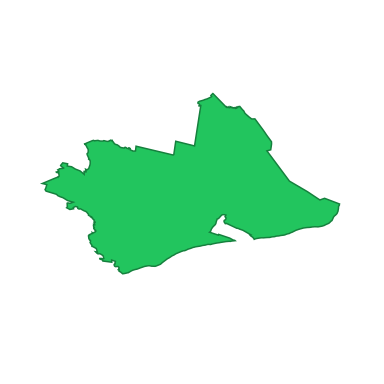 Sakas pag., Pavilostas, Latvia (Natural Earth projection), rotated 199°
{"feature_id": "27541924B80625088425649", "entity_name": "Sakas pag.", "entity_type": "district", "adm_level": 2, "iso_a3": "LVA", "parent_name": "Latvia", "parent_adm1": "Pavilostas", "projection": "natural_earth1", "projection_center": [21.246, 56.856], "detail": "fine", "context": "isolated", "style": "filled", "palette": "green", "viewbox_px": 384, "rotation_deg": 199, "n_neighbors": 0, "source": "geoboundaries", "source_scale": "gbopen_adm2", "svg_char_len": 6008}
<svg xmlns="http://www.w3.org/2000/svg" viewBox="0 0 384 384"><g transform="rotate(199 192 192)"><path d="M336.3,151.3L331.7,151.7L331.5,148.3L331.7,146.4L330.3,145.3L320.1,145.7L319.0,145.6L317.9,144.9L315.2,144.6L312.1,144.6L306.8,143.4L301.0,143.7L303.5,141.6L305.6,141.3L306.1,141.1L306.4,140.8L306.3,140.3L305.9,139.5L305.1,137.4L305.1,136.9L305.4,136.3L301.8,135.7L298.5,137.6L299.2,138.5L297.7,140.3L295.4,140.6L294.9,139.8L294.6,139.3L293.2,139.1L292.1,139.8L288.1,139.1L286.0,139.0L284.6,138.5L284.3,138.2L282.6,137.2L282.4,136.4L282.2,136.3L280.1,135.9L279.5,135.8L279.1,135.9L279.1,135.7L279.3,135.4L278.8,135.3L278.4,135.1L277.8,135.1L277.8,134.8L277.3,134.6L277.1,134.3L275.3,133.6L275.2,132.7L275.0,132.4L273.9,132.1L273.7,131.7L274.6,131.0L274.0,130.3L273.4,129.5L274.4,129.3L274.0,128.7L274.3,128.4L273.9,127.6L273.7,127.4L273.6,126.9L272.7,126.5L272.7,126.4L273.1,126.0L273.0,125.5L272.3,125.0L271.9,124.9L271.6,124.4L270.7,124.5L270.2,123.7L270.5,123.3L270.5,122.8L272.1,121.1L272.6,120.9L273.1,121.1L272.7,120.3L272.8,120.2L273.3,120.1L274.0,119.3L274.4,119.0L274.6,118.7L274.9,118.5L275.1,118.3L275.2,118.0L275.1,117.9L275.4,117.8L275.5,117.6L275.3,117.1L275.6,116.8L274.3,114.3L273.1,113.2L272.6,113.3L272.2,113.1L271.9,112.3L271.9,111.0L269.3,109.0L268.9,108.0L268.1,108.1L264.1,107.4L261.9,104.4L263.7,104.1L262.2,103.3L260.8,102.9L258.8,103.7L255.4,102.9L253.7,100.4L254.9,99.6L255.8,99.7L257.5,99.2L257.5,98.8L257.1,98.6L254.7,98.6L254.1,98.3L253.8,97.7L245.0,99.5L245.8,101.5L241.8,101.5L241.7,99.6L241.4,99.3L241.9,98.5L241.6,98.3L241.9,97.9L241.4,97.0L240.7,96.6L240.1,96.5L237.7,97.5L236.9,97.1L236.2,96.6L236.1,96.4L236.3,95.8L236.2,95.0L236.5,94.5L236.3,94.4L235.6,94.7L235.2,93.4L234.3,93.2L234.1,93.3L233.5,93.1L230.9,92.1L229.0,93.1L226.5,94.7L226.1,94.8L224.0,97.3L222.6,98.7L220.7,100.1L218.7,101.3L216.9,102.8L216.6,103.1L212.6,106.2L210.3,107.5L208.7,108.3L207.7,108.5L206.1,108.7L202.8,109.7L202.1,110.1L198.3,113.4L197.0,115.7L193.5,120.9L192.0,122.5L190.0,125.2L188.6,126.5L187.1,128.4L182.5,132.5L180.9,133.7L180.1,134.0L179.1,134.7L177.1,136.7L175.0,138.2L172.9,140.0L172.3,140.3L170.7,141.4L166.5,143.6L164.6,144.9L162.2,146.1L160.4,147.4L159.0,148.0L157.6,148.3L157.1,148.6L155.7,149.6L152.0,151.8L149.2,153.2L148.6,153.6L143.7,156.2L140.5,157.6L139.8,157.7L138.6,158.5L135.4,160.0L135.9,160.2L137.4,160.0L141.3,160.7L153.0,160.6L153.0,159.8L162.3,159.7L161.8,160.5L161.6,161.1L161.6,163.1L161.2,164.8L160.7,166.2L159.6,168.3L159.3,169.2L159.2,170.0L159.4,171.7L159.4,174.7L158.5,175.3L158.1,175.9L156.5,179.7L155.7,180.5L154.1,181.1L152.4,181.2L152.5,180.3L152.8,179.6L152.6,179.3L151.5,178.7L151.2,178.0L151.3,177.1L151.4,176.7L152.3,175.6L152.2,174.8L151.9,174.2L150.2,172.9L149.1,173.4L149.1,173.5L148.8,173.5L137.8,172.3L137.2,172.5L135.9,172.6L135.2,172.4L131.5,172.4L122.5,170.7L123.2,170.2L122.1,169.6L119.9,169.0L118.4,168.1L117.8,167.5L117.3,168.0L115.9,169.0L113.7,170.2L111.5,171.3L109.6,171.9L106.9,173.1L103.6,174.4L101.8,175.6L99.3,176.7L98.0,177.7L95.5,178.8L94.1,179.7L91.0,181.2L90.1,181.8L88.9,182.9L87.9,183.6L86.4,184.5L85.6,185.5L84.2,186.6L81.1,189.8L80.0,190.6L79.0,191.4L74.8,194.3L71.6,195.9L69.1,196.9L66.9,198.1L64.4,199.2L61.4,200.1L58.0,202.0L56.1,203.4L54.8,204.8L52.5,206.9L52.1,207.5L50.9,209.9L50.5,210.3L50.3,211.0L50.0,214.4L49.5,215.8L48.8,216.8L48.0,218.5L47.8,219.5L47.8,220.7L47.7,221.1L48.2,224.3L48.7,225.9L48.4,227.6L48.6,228.1L48.6,228.7L64.6,229.2L68.5,226.1L83.0,229.9L103.4,234.0L134.6,255.3L131.3,257.5L132.1,261.8L132.4,263.3L133.2,265.4L139.7,269.9L144.8,273.7L156.3,281.6L159.4,280.5L163.0,281.7L167.5,283.6L169.6,285.6L171.0,286.2L174.6,288.4L174.7,288.2L175.6,288.0L175.9,287.8L176.3,287.7L176.5,287.1L176.9,287.0L176.8,286.9L177.2,286.8L177.0,286.3L177.5,285.9L177.7,286.1L177.8,285.9L177.5,285.6L178.0,285.4L178.3,285.6L178.3,285.3L178.9,285.5L178.9,285.4L179.7,285.3L179.8,285.1L179.8,284.9L180.2,284.9L180.2,285.1L180.4,285.1L180.7,285.0L180.6,284.9L180.8,284.8L181.0,285.0L181.2,284.9L181.5,285.1L181.9,284.8L182.1,284.9L182.3,284.8L182.3,284.7L182.2,284.7L182.4,284.6L182.5,284.8L182.4,285.0L182.5,285.1L183.1,285.1L182.9,284.9L183.3,284.7L183.6,284.7L184.0,284.5L183.7,284.4L184.1,284.2L184.5,284.3L184.4,284.1L184.7,284.0L184.6,283.8L185.6,283.8L185.7,283.7L186.5,283.7L186.5,283.8L186.8,283.9L186.8,283.6L187.0,283.5L186.6,283.3L186.9,283.2L204.2,291.9L204.4,291.9L205.6,289.4L204.5,288.6L205.0,288.0L205.0,287.9L208.1,284.9L210.1,283.5L211.0,282.6L214.5,280.2L215.6,278.8L215.1,277.7L214.0,277.6L213.1,277.1L212.8,276.6L213.5,275.9L213.5,275.7L213.1,275.7L211.8,276.5L208.3,256.9L204.6,236.4L223.9,234.7L221.3,220.9L221.2,220.9L259.8,217.1L258.8,212.4L261.2,211.4L261.5,211.6L264.0,211.7L264.3,212.6L264.6,213.0L266.0,213.3L266.1,213.2L265.7,212.5L265.8,212.2L266.5,212.3L267.9,212.1L268.4,212.4L269.5,212.6L270.3,212.1L270.3,211.6L270.5,211.4L274.0,210.9L274.8,211.1L276.0,211.7L277.4,212.1L278.4,212.3L279.5,212.1L281.1,212.4L282.6,213.6L283.4,213.9L284.0,214.6L284.1,214.3L284.4,214.2L284.9,214.3L285.4,214.7L285.9,214.5L286.3,213.8L286.9,213.6L287.0,213.0L288.0,212.4L290.0,212.0L291.4,212.0L292.4,211.7L292.7,211.2L295.0,210.4L296.2,210.2L297.7,210.2L301.0,208.6L301.8,208.8L302.8,208.2L308.0,203.6L307.9,203.2L309.2,202.6L308.9,202.1L308.1,202.1L307.1,201.3L306.0,200.2L303.9,198.3L303.1,195.6L303.1,195.3L303.7,194.1L303.3,193.2L300.4,190.1L300.5,189.5L300.2,189.3L300.0,189.5L299.7,189.4L299.1,189.0L298.3,188.1L298.1,187.4L297.5,185.7L297.3,184.5L297.3,181.0L297.4,180.3L298.6,178.7L300.0,178.9L299.0,177.3L299.6,177.1L299.1,176.4L300.7,176.2L299.7,173.6L304.7,175.5L309.7,175.7L314.1,176.7L318.4,175.9L318.8,178.2L323.7,177.5L324.9,174.3L324.8,174.1L322.6,173.3L321.2,173.0L321.1,172.7L322.3,172.0L323.6,171.5L324.9,170.8L325.1,170.3L326.1,169.3L325.0,168.7L324.5,167.4L325.5,167.7L325.8,167.4L325.9,167.0L326.8,166.8L326.6,166.4L324.3,166.6L323.1,164.6L322.9,163.4L323.8,162.6L323.6,162.2L324.1,162.1L326.8,159.8L336.3,151.3Z" fill="#22c55e" stroke="#15803d" stroke-width="1.5"/></g></svg>